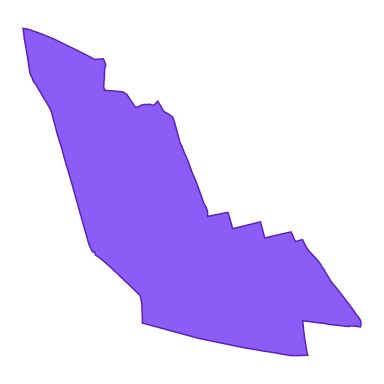 Valea Lupului, Iasi, Romania (Robinson projection)
{"feature_id": "2599482B28860015951004", "entity_name": "Valea Lupului", "entity_type": "district", "adm_level": 2, "iso_a3": "ROU", "parent_name": "Romania", "parent_adm1": "Iasi", "projection": "robinson", "projection_center": [27.498, 47.198], "detail": "fine", "context": "isolated", "style": "filled", "palette": "violet", "viewbox_px": 384, "rotation_deg": 0, "n_neighbors": 0, "source": "geoboundaries", "source_scale": "gbopen_adm2", "svg_char_len": 3949}
<svg xmlns="http://www.w3.org/2000/svg" viewBox="0 0 384 384"><path d="M23.0,28.4L23.2,28.9L24.0,35.7L24.2,38.0L27.3,55.6L28.9,66.4L30.0,73.4L30.2,74.1L30.8,75.5L32.1,77.7L32.7,79.6L33.1,80.6L33.6,81.6L34.3,82.6L35.6,84.1L38.3,88.8L40.6,92.6L42.2,95.4L44.6,99.4L47.3,103.8L48.5,106.0L49.6,107.9L50.2,108.9L51.7,112.8L52.7,116.9L53.1,118.2L53.4,119.4L54.5,123.7L55.6,127.4L56.6,131.6L57.6,135.2L58.9,139.1L60.4,144.0L61.4,147.1L63.2,153.7L64.1,157.3L67.3,168.1L69.4,175.1L72.9,187.3L76.8,201.3L78.9,208.9L80.8,215.5L82.1,220.3L84.7,229.3L86.0,233.9L86.6,236.1L87.2,238.3L88.4,242.5L88.6,242.9L89.0,244.5L89.3,245.2L90.2,246.9L90.8,248.5L91.5,250.1L92.1,250.9L92.5,251.4L93.0,252.1L93.5,252.0L93.9,252.0L94.0,251.8L94.6,251.6L94.8,252.6L95.1,253.6L95.4,255.0L96.0,255.5L98.5,257.0L100.7,258.7L102.9,260.4L106.2,263.4L107.8,264.8L111.5,268.1L116.3,272.6L116.9,273.1L118.0,274.2L120.9,277.0L122.7,278.8L125.2,281.1L128.6,284.3L130.9,286.5L134.8,290.3L137.6,293.2L138.0,293.6L138.7,294.2L139.2,294.5L139.5,294.8L139.8,295.2L140.1,295.8L140.6,297.5L141.0,299.5L141.1,300.1L141.3,300.9L141.6,302.8L141.9,304.0L142.0,309.9L142.0,310.7L142.1,312.4L142.2,314.1L142.4,320.5L142.3,322.5L142.3,323.0L148.5,324.7L159.2,327.6L172.3,331.2L179.6,333.2L184.5,334.5L193.4,336.9L196.5,337.8L198.6,338.3L200.7,338.8L204.6,339.6L207.6,340.2L210.7,340.8L214.4,341.6L218.0,342.4L228.5,344.5L234.9,345.9L236.7,346.3L238.1,346.5L239.7,346.8L241.0,347.2L243.4,347.6L248.7,348.5L256.1,349.7L261.9,350.8L267.6,351.7L273.6,352.6L279.6,353.7L285.4,354.7L288.6,355.2L290.1,355.4L291.6,355.6L293.5,355.6L295.7,355.6L299.1,355.6L303.5,355.4L305.0,355.4L306.2,355.4L307.8,355.3L307.6,354.9L307.4,354.3L307.2,353.5L306.9,352.2L306.6,350.2L306.0,346.5L305.8,345.1L305.6,344.1L304.9,339.9L304.6,338.2L304.1,333.9L303.6,330.1L303.4,328.0L303.4,327.4L303.1,324.5L303.0,323.4L302.8,321.3L302.8,320.8L304.8,321.0L307.0,321.3L308.6,321.5L312.6,322.0L315.2,322.4L317.7,322.7L319.9,323.0L321.4,323.1L325.2,323.5L325.7,323.7L328.5,324.3L332.6,324.8L337.4,325.3L340.8,325.6L343.0,325.9L344.8,326.2L348.8,326.5L349.4,326.4L349.5,325.9L350.0,325.9L353.3,326.0L360.5,326.9L361.0,323.6L360.9,321.8L360.5,320.3L359.5,318.7L357.2,315.8L356.2,314.5L355.4,313.4L354.8,312.2L353.3,310.1L352.9,309.6L351.1,307.1L348.7,303.8L346.5,301.0L345.7,300.0L343.8,297.4L342.6,295.8L340.9,293.7L338.4,290.5L337.0,288.7L335.5,286.9L332.7,283.5L331.3,281.7L329.9,279.7L325.6,272.5L324.1,269.7L323.3,268.5L322.0,267.0L321.1,265.3L320.7,264.5L319.2,262.3L318.0,260.8L316.1,258.6L313.0,255.3L308.7,250.7L307.4,248.8L305.9,246.6L305.1,245.0L305.0,244.8L303.8,242.3L302.5,239.6L295.9,241.4L295.5,241.5L295.4,241.5L295.3,241.4L291.1,231.9L289.3,232.3L264.7,237.9L261.7,226.5L260.5,221.8L256.3,222.9L245.9,225.4L232.6,228.7L232.0,226.5L231.5,224.5L229.6,217.9L228.8,215.1L227.9,212.5L227.9,212.4L227.6,212.4L208.0,216.3L207.8,216.4L207.6,215.3L207.6,213.9L207.6,212.3L207.5,211.4L207.2,210.3L206.4,207.9L205.8,206.7L204.5,204.7L203.0,201.1L201.6,196.6L200.1,192.7L199.2,190.2L195.9,181.0L194.6,178.2L192.3,172.9L190.9,169.0L188.6,162.5L187.5,159.7L185.8,156.0L184.3,152.7L183.7,151.1L182.8,148.6L181.9,146.3L180.2,143.0L179.6,141.1L178.9,138.2L178.2,135.9L177.7,134.0L177.3,132.5L177.0,131.3L175.5,125.7L174.6,122.7L173.2,118.3L172.7,117.3L172.2,116.6L169.2,114.5L167.8,113.6L165.3,112.3L164.4,111.7L163.7,111.2L163.2,110.5L162.3,109.0L160.7,105.8L160.3,105.3L160.0,104.8L159.0,103.2L157.8,101.2L156.5,102.4L155.8,103.2L154.8,104.5L154.6,104.7L154.1,105.0L153.7,105.1L152.5,105.0L151.4,104.8L150.4,104.4L149.7,104.2L149.0,104.3L147.3,104.5L145.0,104.4L142.8,104.8L141.1,105.2L138.7,106.6L135.4,107.4L126.8,94.4L122.7,91.8L104.5,90.2L104.5,89.2L104.0,88.1L103.7,86.7L103.6,85.6L103.9,84.1L103.9,81.6L104.2,79.4L104.4,77.9L104.6,69.1L105.1,67.8L105.5,66.4L105.7,64.7L103.5,58.8L94.6,59.4L84.4,54.0L71.1,47.4L67.1,45.6L62.1,43.0L53.1,38.6L41.6,34.0L28.5,29.3L23.0,28.4Z" fill="#8b5cf6" stroke="#5b21b6" stroke-width="1.5"/></svg>